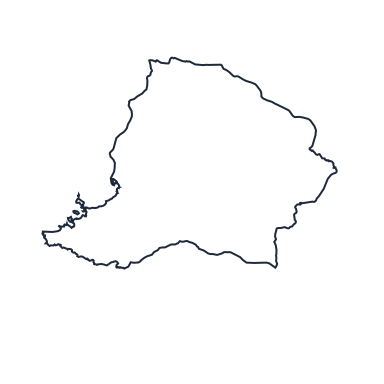 Polewali Mandar, Sulawesi Barat, Indonesia, rotated 126°
{"feature_id": "22746128B50766380968306", "entity_name": "Polewali Mandar", "entity_type": "district", "adm_level": 2, "iso_a3": "IDN", "parent_name": "Indonesia", "parent_adm1": "Sulawesi Barat", "projection": "robinson", "projection_center": [119.26, -3.303], "detail": "fine", "context": "isolated", "style": "outline", "palette": "slate", "viewbox_px": 384, "rotation_deg": 126, "n_neighbors": 0, "source": "geoboundaries", "source_scale": "gbopen_adm2", "svg_char_len": 6016}
<svg xmlns="http://www.w3.org/2000/svg" viewBox="0 0 384 384"><g transform="rotate(126 192 192)"><path d="M110.7,303.9L113.1,300.9L116.2,297.8L117.2,295.9L117.8,295.5L119.4,295.6L121.7,294.5L123.3,294.9L124.4,295.8L125.2,295.8L126.1,295.5L128.3,293.4L132.2,290.8L136.0,289.1L137.5,289.7L141.7,290.2L146.6,292.4L150.7,293.4L153.9,295.8L155.9,296.1L156.4,295.4L159.4,294.0L161.9,288.6L164.5,286.2L166.4,285.0L170.3,284.1L174.5,283.7L178.7,282.2L180.7,282.2L183.5,282.4L187.8,284.0L192.8,284.9L203.0,281.0L204.7,280.9L208.4,281.5L209.4,281.0L211.3,278.6L212.1,274.5L213.8,271.5L218.4,268.5L221.3,267.0L228.6,265.8L231.4,263.1L232.4,261.8L232.7,260.1L232.4,259.0L231.1,259.3L230.2,262.4L229.4,262.6L228.3,264.1L227.6,263.1L227.8,259.3L228.2,258.5L228.1,257.7L229.1,259.2L229.7,259.0L228.9,257.2L229.1,255.9L229.9,254.5L230.7,254.0L230.7,253.6L231.0,253.9L231.8,253.5L231.9,253.9L232.4,254.3L233.9,254.4L234.8,253.5L235.3,253.5L235.1,253.1L235.6,252.6L236.8,252.2L236.5,251.8L236.6,251.4L237.6,252.0L239.9,251.6L242.9,252.8L244.5,252.9L246.1,253.9L247.5,254.3L250.0,256.2L250.4,255.6L251.7,255.0L253.7,255.1L255.3,255.7L257.0,257.1L258.3,258.7L260.2,259.3L262.1,261.2L263.4,263.4L265.7,265.2L266.5,268.2L267.6,269.7L268.3,270.0L268.8,270.1L269.3,269.3L269.2,268.8L269.5,268.6L268.9,268.3L269.4,268.2L268.9,267.9L269.3,267.8L269.0,267.5L269.3,267.2L270.1,267.6L269.8,267.7L269.9,268.0L270.5,267.7L271.7,269.0L271.8,268.6L270.6,267.4L269.9,266.0L270.2,265.5L272.4,264.7L273.2,263.8L274.0,263.5L274.7,264.5L274.5,265.8L275.1,266.9L278.0,266.6L278.9,266.9L280.3,267.8L280.4,268.2L281.6,269.3L281.2,269.8L281.8,270.4L284.7,271.7L285.3,271.3L285.7,271.4L286.0,270.6L287.0,270.3L286.8,269.4L286.1,269.3L286.5,269.2L288.1,267.6L289.4,267.2L289.8,267.4L290.0,268.0L291.8,268.3L291.5,269.4L291.6,273.9L291.1,274.6L292.5,274.1L293.1,274.9L293.0,275.5L293.2,276.0L294.3,275.9L295.1,275.2L296.9,277.4L297.7,280.2L298.1,277.7L297.9,277.3L298.8,276.5L300.4,276.4L302.3,277.3L306.2,281.2L311.6,289.3L312.1,288.5L313.2,288.8L313.6,288.5L313.2,287.8L313.3,287.4L314.1,287.2L314.5,286.4L313.6,285.3L314.4,284.8L315.3,285.1L315.8,284.9L316.1,282.3L317.1,280.5L317.8,280.0L319.5,280.1L318.6,278.9L319.2,277.9L319.4,275.5L318.2,274.9L316.7,272.7L315.2,272.3L315.4,271.2L314.5,270.2L312.9,269.6L312.6,269.2L312.7,268.1L312.1,267.6L312.0,267.0L313.1,266.7L313.5,263.9L312.5,263.4L312.2,262.9L312.0,261.4L311.4,260.1L311.6,258.8L311.0,258.7L310.3,258.1L309.4,256.1L309.5,254.9L310.8,254.1L310.8,253.6L310.8,252.3L310.0,251.5L309.9,250.9L310.3,249.7L310.0,248.6L310.3,247.6L311.4,247.1L311.3,245.7L309.4,244.0L308.6,242.4L308.5,238.4L308.3,237.9L307.6,237.8L307.4,237.5L307.5,236.4L308.0,235.9L307.7,235.3L307.9,234.4L306.8,233.5L305.4,232.9L305.1,231.9L305.2,231.3L306.6,230.6L306.9,229.6L307.8,229.0L307.8,228.4L307.1,227.6L306.8,226.0L306.2,225.9L303.4,222.9L302.0,219.5L301.8,218.4L301.3,217.7L296.2,215.9L295.3,215.0L292.9,213.2L292.6,211.7L293.2,209.8L295.5,210.1L297.1,209.3L297.4,208.6L297.2,208.1L296.3,207.9L295.9,207.0L296.1,206.4L295.5,205.8L295.1,205.9L294.8,205.4L295.0,205.0L293.6,202.8L293.8,201.8L289.7,199.6L284.9,200.3L283.4,197.4L280.5,193.9L278.9,193.2L276.9,193.0L273.3,191.9L270.5,190.6L266.4,187.6L262.8,187.4L259.2,185.5L256.3,185.4L253.8,182.9L253.4,182.1L252.6,181.2L246.9,178.2L244.1,174.6L242.5,173.9L242.0,173.3L238.8,172.9L238.6,171.9L237.6,170.1L234.9,167.7L234.3,166.5L234.1,164.5L233.6,163.8L232.9,161.4L232.4,158.0L233.1,156.0L232.9,154.7L233.9,153.1L232.4,148.1L232.2,142.8L231.3,140.4L230.2,139.2L228.3,135.0L227.3,134.0L223.6,131.4L221.8,130.7L218.1,125.5L216.4,114.8L217.1,110.9L217.1,106.4L213.0,100.2L205.4,90.3L204.3,87.5L204.2,80.1L202.9,80.1L200.1,80.9L198.5,83.3L195.3,85.3L194.2,86.6L192.7,87.2L189.2,89.6L185.9,92.9L184.0,96.1L180.9,96.2L179.3,98.5L177.3,99.8L171.7,102.0L170.5,101.1L169.1,99.2L165.9,96.3L165.4,94.1L164.8,92.7L164.2,92.2L163.0,92.2L162.0,91.7L161.0,90.7L158.4,90.7L156.5,90.0L155.1,90.4L154.6,90.8L154.1,92.5L150.2,96.2L149.3,96.2L147.9,95.5L146.5,95.7L144.4,98.0L143.9,99.4L143.1,99.9L140.3,99.5L139.0,98.1L138.6,97.0L138.3,96.9L137.2,98.0L136.6,97.3L136.7,96.6L129.0,88.9L128.4,87.5L127.4,87.0L126.0,86.7L124.0,87.2L120.4,86.9L112.0,87.3L101.4,89.9L96.5,89.6L94.6,88.9L92.0,87.0L90.6,86.9L89.2,88.0L88.7,89.3L87.8,90.4L88.2,91.0L89.1,91.3L89.2,91.7L88.0,91.9L87.0,93.6L85.8,94.3L85.1,96.4L85.9,98.9L86.6,99.3L86.2,100.2L86.9,100.7L86.9,101.6L87.5,101.8L87.6,103.4L86.9,104.4L88.2,106.4L86.4,111.1L86.7,111.5L88.3,112.4L88.6,113.4L88.6,114.3L88.0,115.9L87.8,118.0L87.5,118.7L88.3,119.1L88.1,119.8L88.4,120.3L88.3,122.0L87.2,122.5L86.4,122.0L84.0,121.7L73.1,125.6L71.0,127.1L70.1,127.3L68.8,128.5L66.8,131.6L64.9,137.1L64.5,138.9L64.6,141.0L66.5,146.0L68.1,149.3L71.0,152.9L71.2,155.1L69.1,161.2L69.3,163.3L71.9,177.8L72.0,180.1L73.7,185.2L74.5,189.5L74.0,191.9L70.9,194.4L69.7,196.4L67.9,202.3L67.6,204.1L68.4,207.9L70.3,213.4L70.9,216.7L71.3,222.3L71.6,223.3L73.6,225.5L73.8,226.8L73.1,232.2L73.1,235.5L73.8,239.1L72.0,242.4L72.2,243.7L79.4,253.2L80.6,255.1L82.8,257.6L86.9,264.4L87.9,271.0L89.1,272.2L89.2,273.2L90.4,273.9L90.8,275.1L91.7,276.5L93.7,284.9L94.8,285.6L94.8,286.6L95.4,287.5L96.8,287.8L98.6,287.4L100.4,286.6L101.8,286.6L102.9,288.1L105.7,293.1L106.0,297.8L106.4,298.1L107.7,297.9L108.0,298.2L107.9,298.7L108.8,301.4L109.8,303.2L110.7,303.9ZM267.4,272.0L266.4,272.3L266.0,272.9L264.4,273.0L263.8,273.9L264.1,275.2L264.0,278.5L264.4,280.3L264.8,280.5L267.8,280.2L268.6,279.2L268.4,278.6L266.8,276.8L267.5,275.2L267.6,273.6L268.0,273.2L267.9,272.7L267.4,272.0ZM287.8,273.5L287.3,272.2L286.1,272.0L285.4,273.3L284.2,273.6L284.0,274.5L283.3,275.3L285.4,276.2L285.9,277.1L287.1,275.9L287.8,273.5ZM275.8,270.9L275.2,272.0L275.2,273.7L275.9,274.8L276.3,276.1L277.4,276.7L277.7,276.3L277.8,274.9L278.1,274.7L277.6,273.7L277.5,271.6L275.8,270.9ZM261.9,281.6L262.4,280.9L260.9,281.6L260.6,282.1L261.5,281.7L262.0,282.1L262.2,281.9L261.9,281.6ZM269.7,272.0L269.3,271.4L269.0,271.4L269.3,272.6L269.6,272.6L269.7,272.0Z" fill="none" stroke="#1e293b" stroke-width="2"/></g></svg>